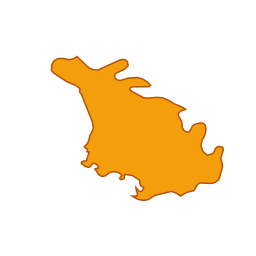 map outline of Siracusa (Mercator projection), rotated 137°
{"feature_id": "ITA-5414", "entity_name": "Siracusa", "entity_type": "Province", "adm_level": 1, "iso_a3": "ITA", "parent_name": "Italy", "parent_adm1": "", "projection": "mercator", "projection_center": [15.03, 37.033], "detail": "fine", "context": "isolated", "style": "filled", "palette": "amber", "viewbox_px": 256, "rotation_deg": 137, "n_neighbors": 0, "source": "natural_earth", "source_scale": "10m", "svg_char_len": 1879}
<svg xmlns="http://www.w3.org/2000/svg" viewBox="0 0 256 256"><g transform="rotate(137 128 128)"><path d="M136.0,42.4L136.8,46.4L138.3,50.1L139.8,52.2L154.3,60.4L162.2,61.9L166.2,64.6L169.5,69.1L171.4,75.4L168.0,72.2L166.0,73.3L164.6,76.4L162.8,79.0L163.1,74.5L161.9,72.6L159.7,72.6L157.0,73.8L158.3,77.1L155.1,82.4L157.4,90.6L162.0,96.2L165.5,93.6L168.5,95.2L168.5,97.0L164.7,97.6L165.2,101.5L168.3,105.9L172.1,108.0L177.2,108.5L180.2,110.4L181.2,114.2L180.1,120.6L177.0,118.9L175.8,121.0L176.1,124.3L177.8,126.0L182.1,125.5L184.0,126.4L185.7,129.7L186.3,134.0L184.7,134.8L182.5,133.8L181.4,132.4L180.3,132.8L172.8,136.9L174.3,138.7L172.4,139.8L171.9,140.4L172.8,142.2L172.8,144.1L167.9,144.4L164.2,146.3L161.0,148.5L157.7,149.5L153.2,151.7L149.8,157.0L139.1,184.3L138.9,187.3L136.3,189.7L137.3,195.0L141.1,203.4L144.9,219.0L144.7,222.3L140.6,226.3L136.2,227.6L132.0,226.5L128.1,223.3L125.1,219.0L123.5,217.4L120.9,216.0L118.0,215.1L116.6,215.2L115.6,198.6L113.5,193.9L110.3,190.9L87.6,183.3L85.3,181.9L83.6,179.9L83.1,177.1L85.5,173.4L90.2,173.3L99.3,176.2L101.2,176.0L102.6,175.0L103.3,173.2L103.1,170.7L101.5,168.1L93.8,164.3L87.0,158.8L84.8,155.6L83.3,151.9L82.4,147.9L82.3,143.8L84.6,144.0L96.9,155.2L98.8,155.8L100.4,155.0L100.6,153.1L95.9,139.5L94.1,137.2L85.5,130.3L81.9,126.1L79.4,120.3L78.0,114.9L73.6,105.1L73.2,102.3L77.0,104.1L79.0,104.5L80.9,104.3L82.6,103.1L83.3,101.0L83.6,98.5L84.3,96.2L88.1,91.0L88.7,88.6L88.1,85.1L86.2,83.7L83.8,83.9L79.9,85.4L78.6,85.5L76.0,84.9L71.4,82.2L69.7,79.9L69.7,77.1L71.9,73.9L75.0,71.4L78.4,69.7L81.7,68.8L86.5,65.6L89.2,59.7L88.6,54.0L83.6,51.5L80.7,52.1L78.4,53.2L76.1,53.5L73.3,51.8L71.9,49.1L73.3,46.9L80.8,42.6L83.4,37.7L85.2,35.2L95.7,28.8L98.1,28.4L100.5,28.7L103.2,29.6L105.2,30.9L112.6,38.5L114.6,39.2L116.8,39.0L121.4,37.4L123.1,37.5L128.9,40.9L136.0,42.4Z" fill="#f59e0b" stroke="#b45309" stroke-width="1.5"/></g></svg>